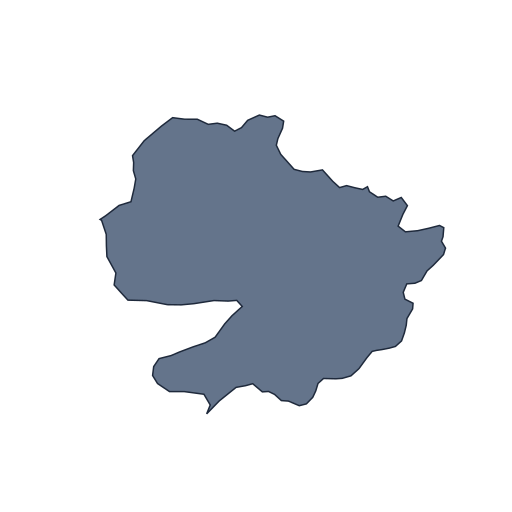 Västervik, Kalmar, Sweden (Robinson projection), rotated 138°
{"feature_id": "70781695B21983327863025", "entity_name": "Västervik", "entity_type": "district", "adm_level": 2, "iso_a3": "SWE", "parent_name": "Sweden", "parent_adm1": "Kalmar", "projection": "robinson", "projection_center": [16.379, 57.852], "detail": "fine", "context": "isolated", "style": "filled", "palette": "slate", "viewbox_px": 512, "rotation_deg": 138, "n_neighbors": 0, "source": "geoboundaries", "source_scale": "gbopen_adm2", "svg_char_len": 1701}
<svg xmlns="http://www.w3.org/2000/svg" viewBox="0 0 512 512"><g transform="rotate(138 256 256)"><path d="M347.4,387.5L346.9,385.8L352.8,372.3L360.5,363.5L367.2,355.3L371.5,337.1L380.8,329.4L380.8,318.3L380.7,308.9L367.1,296.0L354.4,279.1L344.2,269.7L334.0,262.1L317.0,251.0L306.8,241.1L300.0,235.9L300.0,227.7L313.6,227.7L324.6,226.5L340.7,223.0L351.7,225.4L363.6,230.6L377.2,235.9L385.7,238.8L396.7,244.6L406.0,242.3L412.8,236.4L414.5,227.1L411.0,213.1L400.0,203.2L387.2,188.1L389.7,175.9L398.3,171.7L380.2,172.9L358.7,171.7L350.5,166.6L343.9,163.3L342.2,150.8L337.3,146.9L334.8,140.7L333.9,131.6L329.0,126.5L324.0,115.8L317.5,112.4L308.4,113.0L301.8,115.8L295.2,119.8L287.8,119.8L278.8,111.3L273.8,107.4L265.6,103.4L261.6,103.4L254.9,103.4L241.7,106.2L233.5,107.4L229.4,105.1L225.2,102.3L218.7,98.4L212.9,95.5L204.7,95.5L197.3,99.5L190.7,104.0L185.7,108.5L175.0,111.9L170.9,115.8L174.2,124.3L170.9,130.5L162.6,134.4L156.1,129.4L149.5,127.1L138.8,130.5L130.5,130.5L115.7,131.6L110.2,134.9L109.9,135.0L108.3,142.9L104.1,145.2L97.5,151.4L99.2,155.9L109.0,161.0L118.9,166.6L128.8,174.0L130.4,183.1L118.9,188.7L109.8,192.1L108.9,202.3L117.2,205.1L119.6,213.6L126.2,218.2L128.7,227.8L126.8,232.9L132.2,234.1L136.9,240.6L141.6,247.7L148.1,250.9L149.0,260.0L149.0,275.5L159.3,282.0L165.0,287.8L169.7,294.9L169.6,315.0L166.8,324.7L161.2,328.6L150.8,333.2L145.2,337.7L148.0,347.5L154.5,351.4L159.2,358.5L171.4,362.4L180.9,361.1L188.4,363.1L190.3,372.8L195.9,380.6L203.4,385.8L208.1,396.9L217.5,405.4L225.4,414.6L239.2,415.8L261.8,416.5L280.6,413.2L284.4,407.3L290.0,401.5L293.8,393.7L301.3,387.8L312.6,380.0L323.9,385.2L340.8,386.5L347.4,387.5Z" fill="#64748b" stroke="#1e293b" stroke-width="1.5"/></g></svg>